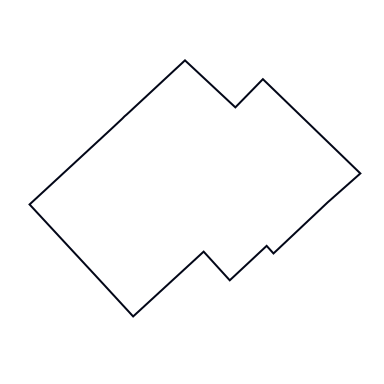 Delaware, Ohio, United States of America, rotated 134°
{"feature_id": "52423323B18396846916905", "entity_name": "Delaware", "entity_type": "district", "adm_level": 2, "iso_a3": "USA", "parent_name": "United States of America", "parent_adm1": "Ohio", "projection": "equal_earth", "projection_center": [-83.011, 40.285], "detail": "fine", "context": "isolated", "style": "outline", "palette": "ink", "viewbox_px": 384, "rotation_deg": 134, "n_neighbors": 0, "source": "geoboundaries", "source_scale": "gbopen_adm2", "svg_char_len": 364}
<svg xmlns="http://www.w3.org/2000/svg" viewBox="0 0 384 384"><g transform="rotate(134 192 192)"><path d="M179.6,90.7L104.9,87.2L61.7,83.8L61.6,219.4L101.0,219.6L102.2,288.5L181.5,292.8L184.5,293.1L187.6,293.1L205.2,294.0L313.8,300.2L319.5,197.3L322.4,147.9L226.8,142.2L229.3,103.5L178.9,100.9L179.6,90.7Z" fill="none" stroke="#020617" stroke-width="2"/></g></svg>